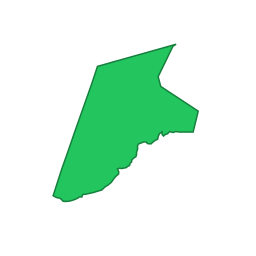 outline of Tangará, Rio Grande do Norte, Brazil, rotated 31°
{"feature_id": "56859067B19531014030486", "entity_name": "Tangará", "entity_type": "district", "adm_level": 2, "iso_a3": "BRA", "parent_name": "Brazil", "parent_adm1": "Rio Grande do Norte", "projection": "robinson", "projection_center": [-35.801, -6.218], "detail": "fine", "context": "isolated", "style": "filled", "palette": "green", "viewbox_px": 256, "rotation_deg": 31, "n_neighbors": 0, "source": "geoboundaries", "source_scale": "gbopen_adm2", "svg_char_len": 1112}
<svg xmlns="http://www.w3.org/2000/svg" viewBox="0 0 256 256"><g transform="rotate(31 128 128)"><path d="M185.9,97.9L182.4,86.6L179.5,77.4L145.7,76.0L134.7,75.5L127.4,68.5L124.4,34.8L126.1,31.4L83.6,76.5L70.1,90.9L74.2,109.1L84.2,158.2L88.4,177.9L92.3,197.1L98.7,224.6L101.3,224.5L103.5,224.2L105.5,223.2L107.4,223.5L110.2,224.2L112.5,223.0L115.1,221.1L116.6,219.7L118.4,217.7L120.0,215.6L121.2,213.7L121.9,211.9L124.0,210.9L123.3,208.5L125.8,206.6L128.2,204.3L131.6,201.1L135.0,197.3L137.5,194.6L138.6,190.4L140.3,187.1L141.7,183.1L141.9,179.8L142.3,176.5L143.6,172.3L142.8,170.5L140.0,168.4L141.5,166.8L143.5,166.0L145.1,164.5L146.9,162.9L147.5,161.0L148.6,159.4L148.0,157.1L148.6,155.2L147.7,153.5L148.3,151.0L149.5,148.6L149.1,146.5L147.9,144.6L147.0,140.8L145.5,138.8L145.1,136.4L146.6,134.6L148.8,131.7L150.8,130.7L152.8,131.3L155.8,129.9L157.0,126.2L157.8,124.4L159.2,122.4L158.2,119.6L157.9,116.6L159.2,113.8L160.6,116.0L162.6,116.6L163.2,114.6L164.9,112.5L165.5,109.6L167.2,109.2L169.0,108.6L170.6,106.6L172.7,105.6L174.5,104.8L185.9,97.9Z" fill="#22c55e" stroke="#15803d" stroke-width="1.5"/></g></svg>